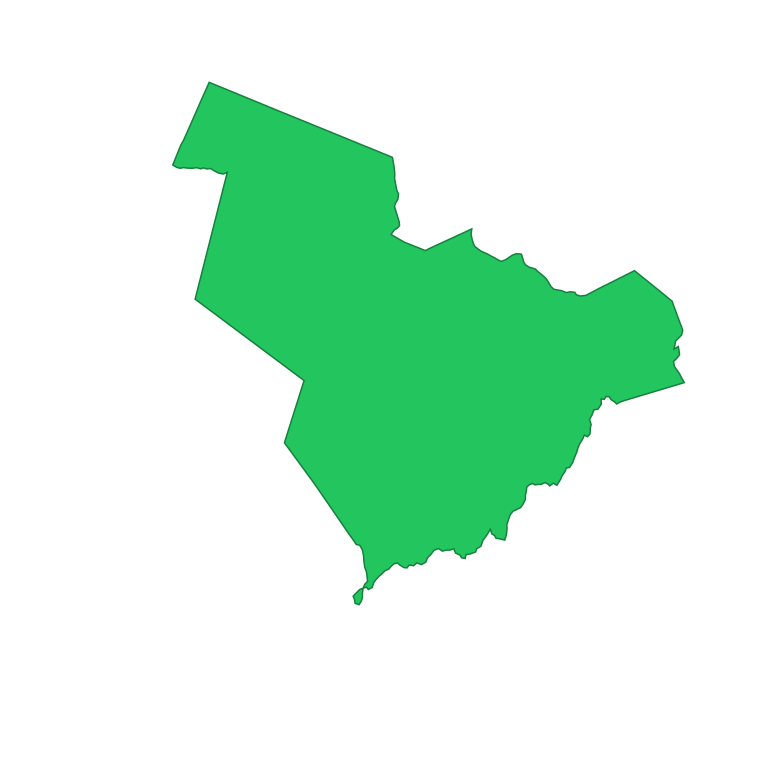 Marajá do Sena, Maranhão, Brazil (Natural Earth projection), rotated 22°
{"feature_id": "56859067B7170662735906", "entity_name": "Marajá do Sena", "entity_type": "district", "adm_level": 2, "iso_a3": "BRA", "parent_name": "Brazil", "parent_adm1": "Maranhão", "projection": "natural_earth1", "projection_center": [-45.553, -4.751], "detail": "fine", "context": "isolated", "style": "filled", "palette": "green", "viewbox_px": 768, "rotation_deg": 22, "n_neighbors": 0, "source": "geoboundaries", "source_scale": "gbopen_adm2", "svg_char_len": 3027}
<svg xmlns="http://www.w3.org/2000/svg" viewBox="0 0 768 768"><g transform="rotate(22 384 384)"><path d="M441.1,581.0L443.9,579.0L446.5,580.4L449.3,577.1L448.9,572.0L449.8,568.4L451.3,564.4L453.4,560.4L455.0,556.6L457.7,553.9L458.9,550.6L460.4,547.3L463.3,544.9L466.9,546.0L471.1,546.8L474.2,545.9L475.2,542.4L479.5,541.4L481.6,537.6L486.4,537.4L489.5,533.6L489.4,529.2L491.5,523.9L492.6,519.5L496.3,516.1L500.7,517.1L504.1,514.6L507.5,513.3L510.4,510.6L513.8,514.0L518.6,514.2L521.0,516.1L524.6,515.4L524.0,511.4L527.6,509.3L531.8,505.5L531.7,502.0L534.6,498.1L534.3,491.9L536.1,484.9L537.0,478.8L540.1,482.6L543.4,483.1L545.6,485.1L549.5,484.2L554.4,483.5L554.0,477.9L552.1,471.6L550.7,468.7L550.2,463.3L550.0,457.9L551.3,453.7L554.8,449.8L557.0,447.4L558.0,442.9L558.3,437.8L556.8,434.2L556.1,430.0L555.0,426.1L556.6,422.8L559.0,420.6L561.9,420.9L564.8,419.2L567.5,418.1L570.0,415.2L573.2,415.2L575.8,416.4L578.2,412.5L582.2,413.2L583.5,406.0L583.5,402.4L584.6,397.8L584.6,393.5L587.3,391.9L588.4,386.1L588.2,380.9L588.3,375.4L587.8,371.0L587.8,366.5L588.9,360.0L588.9,356.4L592.5,356.6L593.7,353.0L591.7,347.3L591.3,344.1L587.8,339.7L588.5,334.8L588.3,329.3L591.8,327.2L593.1,321.3L590.9,316.6L594.0,315.6L594.6,312.4L597.5,311.4L600.3,313.4L604.4,314.2L607.2,315.4L609.8,312.1L613.6,308.9L661.9,270.2L658.2,267.3L654.3,263.9L646.9,259.1L644.0,254.7L645.8,250.5L647.1,246.2L644.6,241.8L642.8,239.0L639.9,243.0L638.3,235.0L640.4,229.9L641.6,227.0L640.8,222.2L638.3,219.3L636.3,217.2L633.9,214.6L630.8,211.2L623.3,202.9L620.1,199.3L602.1,193.7L578.1,186.4L573.8,185.1L547.8,214.6L538.1,226.1L533.0,228.9L529.0,229.2L526.6,227.5L522.2,228.7L518.6,231.0L513.9,230.9L509.6,231.8L505.8,232.5L502.1,231.0L498.6,228.2L495.1,225.7L492.0,224.4L487.9,223.1L484.9,222.2L481.2,220.7L477.9,220.9L475.1,221.4L470.7,220.5L467.9,218.6L465.5,215.5L462.7,212.1L457.7,213.7L454.4,216.9L451.9,220.7L449.9,223.5L446.9,226.3L443.6,226.3L439.4,225.6L434.9,225.2L431.5,224.7L428.0,224.6L424.4,224.5L420.3,223.5L416.2,222.2L413.9,219.9L411.4,216.7L408.6,212.5L407.3,207.3L376.8,239.8L374.5,242.3L372.4,244.8L349.8,244.9L334.6,242.8L335.8,237.3L337.9,234.7L339.1,231.4L337.5,228.2L327.1,215.3L327.0,211.6L327.7,207.6L326.3,202.4L323.3,199.6L320.4,195.1L318.2,191.7L316.7,189.1L315.5,185.6L313.8,182.2L311.9,178.7L308.9,173.9L306.9,170.7L199.8,170.3L186.9,170.3L108.9,169.8L108.8,173.1L108.2,189.0L107.4,216.5L106.8,233.3L106.1,238.3L106.1,260.1L110.9,260.8L114.4,260.3L116.9,258.5L120.8,257.5L125.6,255.7L129.3,253.6L133.3,253.2L135.6,251.3L139.5,250.9L142.2,249.2L147.4,250.0L151.4,250.4L156.2,249.6L159.4,246.5L177.1,376.1L295.5,407.3L308.6,410.8L313.7,475.8L356.3,502.2L385.2,521.3L407.8,536.3L415.9,541.4L418.3,543.2L421.9,542.6L426.0,545.8L429.3,550.8L431.8,555.9L434.9,561.3L437.5,564.0L439.4,567.0L440.9,569.8L442.7,573.1L441.2,576.8L441.1,581.0ZM443.6,597.9L444.3,593.9L444.0,590.2L442.3,585.8L441.1,581.0L438.4,583.7L436.2,589.0L434.9,592.3L437.4,594.9L439.4,598.2L443.6,597.9Z" fill="#22c55e" stroke="#15803d" stroke-width="1.5"/></g></svg>